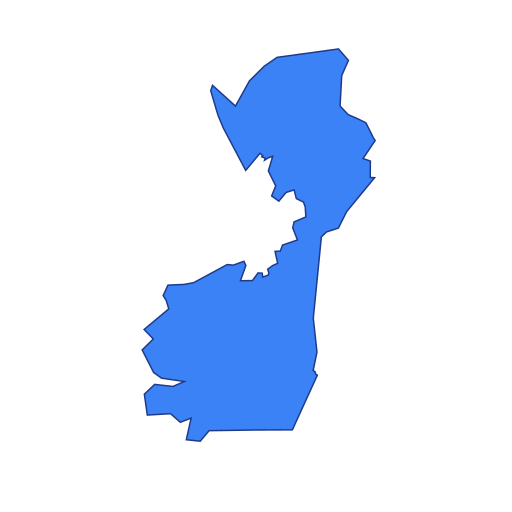 the district of Henrico, Virginia, United States of America, rotated 66°
{"feature_id": "52423323B30823129244387", "entity_name": "Henrico", "entity_type": "district", "adm_level": 2, "iso_a3": "USA", "parent_name": "United States of America", "parent_adm1": "Virginia", "projection": "mercator", "projection_center": [-77.411, 37.531], "detail": "fine", "context": "isolated", "style": "filled", "palette": "blue", "viewbox_px": 512, "rotation_deg": 66, "n_neighbors": 0, "source": "geoboundaries", "source_scale": "gbopen_adm2", "svg_char_len": 1482}
<svg xmlns="http://www.w3.org/2000/svg" viewBox="0 0 512 512"><g transform="rotate(66 256 256)"><path d="M82.4,226.3L86.5,230.1L106.7,232.8L112.4,233.5L125.9,233.8L173.6,230.6L163.8,210.6L167.2,209.0L167.8,210.4L170.4,207.8L172.0,209.2L171.3,205.1L171.7,200.2L183.3,210.1L186.7,210.0L200.0,209.5L207.5,217.3L215.2,212.8L210.2,202.7L211.1,194.3L220.0,195.8L225.9,190.8L226.0,190.7L231.3,191.1L240.6,194.6L240.3,207.3L245.2,211.0L258.2,211.6L256.8,227.3L261.4,231.8L259.5,236.7L271.5,239.2L271.5,244.6L272.8,250.7L276.8,251.2L278.4,252.7L278.0,258.4L274.2,257.3L272.3,261.0L276.8,268.9L277.0,269.2L272.3,280.3L260.5,269.1L255.9,269.2L255.1,280.5L252.1,285.8L255.0,323.8L252.7,333.3L246.8,348.3L254.4,356.9L260.1,356.1L268.8,357.2L277.6,388.1L290.0,383.6L295.5,398.2L320.8,396.9L329.2,392.0L341.5,372.5L341.4,384.9L332.1,400.8L336.8,414.2L357.1,420.0L365.3,398.2L377.1,392.8L377.7,381.2L395.5,394.4L402.5,382.3L396.5,369.9L414.8,327.1L429.6,293.5L390.0,248.6L389.6,248.5L389.2,248.8L389.0,249.1L388.6,249.3L388.2,249.3L387.6,249.6L387.0,249.3L386.4,249.2L386.1,249.3L385.7,249.1L385.3,249.3L385.2,249.6L384.1,250.1L383.5,250.3L383.4,250.0L368.6,239.4L336.2,229.0L265.1,188.5L262.7,181.8L264.0,169.4L252.3,155.1L232.7,115.8L230.7,119.7L215.8,112.9L210.5,118.6L199.0,100.2L195.9,100.7L179.1,101.4L172.9,106.5L164.3,114.3L153.2,118.2L126.0,104.3L114.9,92.0L100.4,96.4L83.1,155.9L85.9,171.1L93.3,190.7L110.7,213.8L82.4,226.3Z" fill="#3b82f6" stroke="#1e3a8a" stroke-width="1.5"/></g></svg>